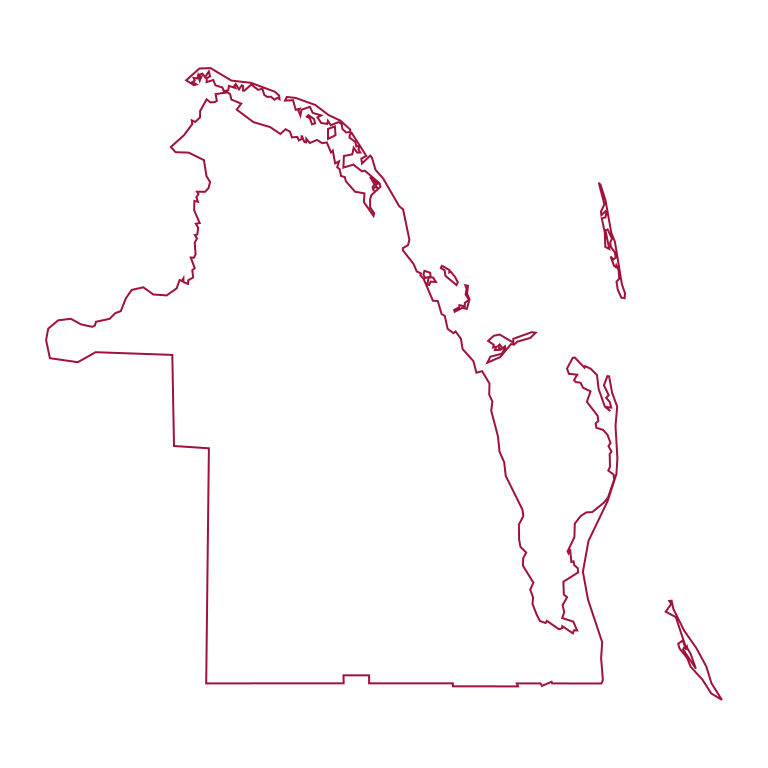 the district of Isla Mujeres, Quintana Roo, Mexico
{"feature_id": "50627088B16692163202625", "entity_name": "Isla Mujeres", "entity_type": "district", "adm_level": 2, "iso_a3": "MEX", "parent_name": "Mexico", "parent_adm1": "Quintana Roo", "projection": "natural_earth1", "projection_center": [-86.89, 21.403], "detail": "fine", "context": "isolated", "style": "outline", "palette": "rose", "viewbox_px": 768, "rotation_deg": 0, "n_neighbors": 0, "source": "geoboundaries", "source_scale": "gbopen_adm2", "svg_char_len": 6071}
<svg xmlns="http://www.w3.org/2000/svg" viewBox="0 0 768 768"><path d="M601.4,683.5L602.9,680.2L601.1,658.1L602.2,642.3L588.0,599.6L582.9,571.8L588.5,540.9L607.7,500.9L616.4,474.1L617.4,458.3L615.5,425.9L617.2,406.6L612.1,392.8L609.1,376.3L607.4,376.1L603.9,385.3L608.7,395.2L606.1,397.8L609.8,402.1L611.2,407.6L606.0,406.9L610.3,411.1L604.8,406.5L598.6,388.9L597.0,375.0L590.8,368.8L585.1,366.1L584.5,367.7L574.7,357.5L572.7,357.9L567.0,368.6L568.9,373.8L577.2,374.7L574.0,380.2L575.8,382.0L580.6,382.8L583.0,387.7L590.5,391.3L586.9,401.9L597.6,415.7L598.3,420.9L595.7,423.4L596.3,427.8L603.1,429.9L607.6,435.0L610.5,443.0L608.5,446.1L611.5,451.7L609.7,454.0L610.0,466.8L608.3,470.6L613.6,474.5L614.1,479.7L608.0,497.5L603.8,502.7L592.2,512.1L586.3,512.4L580.7,516.0L574.8,523.6L574.4,537.2L567.6,551.4L568.5,553.3L570.2,549.2L571.3,562.0L573.5,561.3L574.4,565.4L577.8,568.2L578.1,572.4L563.4,581.7L563.8,594.5L567.1,597.2L562.6,605.1L564.2,612.3L562.2,618.1L573.3,621.6L577.1,630.5L573.9,630.4L572.9,633.3L562.3,626.2L562.2,628.2L558.9,629.2L546.9,620.9L545.6,623.0L539.9,621.0L536.7,614.7L532.5,603.9L533.1,597.5L530.2,589.6L533.4,582.7L522.9,565.6L523.2,558.1L526.2,552.5L520.5,547.0L519.1,539.5L518.9,524.5L523.3,516.2L522.4,509.5L505.7,475.8L504.2,462.3L499.5,451.6L498.0,436.6L491.2,410.6L492.4,401.5L489.2,394.6L489.5,383.5L482.1,371.2L476.4,372.7L473.4,361.1L462.6,349.1L460.9,338.7L455.6,331.5L453.4,333.2L447.6,328.8L444.8,315.9L441.6,314.1L437.8,301.1L432.9,300.7L423.7,279.0L420.3,275.3L421.0,273.4L416.7,271.4L413.6,264.0L402.9,250.3L402.9,248.1L408.0,245.2L409.4,239.8L403.1,209.4L399.2,206.2L383.3,178.7L375.5,169.8L372.0,157.8L370.2,155.6L362.0,163.5L361.3,158.6L366.3,155.9L351.7,132.9L349.8,134.9L349.5,137.7L355.2,141.8L356.4,146.5L359.2,145.6L358.6,149.6L360.3,152.5L357.2,152.6L353.7,147.7L352.3,154.3L343.9,156.0L343.4,167.6L353.4,164.6L362.0,171.4L364.8,170.7L379.6,183.3L380.4,186.8L371.3,195.2L370.1,199.4L370.1,207.3L374.1,213.1L373.5,215.9L363.9,202.1L364.5,193.4L355.0,191.7L345.9,181.3L344.8,177.1L341.2,176.1L339.5,169.0L337.2,167.3L339.0,161.4L335.1,163.4L332.8,150.6L331.0,152.4L326.8,142.4L322.1,143.2L317.1,139.9L309.8,143.0L306.3,138.8L306.2,142.4L304.3,141.9L301.6,135.4L301.7,139.1L298.9,140.4L297.3,136.9L291.9,137.4L290.0,131.7L285.5,129.2L280.4,134.0L270.2,127.1L253.4,122.1L236.7,109.6L241.2,103.6L231.4,99.6L230.1,94.0L227.4,92.4L215.6,94.1L216.8,100.9L215.1,102.0L210.4,102.4L206.6,99.3L200.1,111.1L200.0,117.4L195.2,122.0L191.8,120.3L192.3,124.0L183.8,135.4L170.8,147.0L175.6,152.2L188.6,152.6L203.9,160.1L206.5,176.2L210.1,182.0L208.5,188.1L205.1,191.8L197.0,191.7L198.5,194.2L196.4,197.1L197.9,201.7L194.4,201.0L194.1,210.1L199.7,223.1L195.8,223.7L198.2,227.8L197.3,234.4L194.8,235.1L197.0,238.4L194.7,242.7L195.6,254.4L193.9,257.7L190.8,257.5L194.7,268.2L192.3,270.2L193.1,277.5L188.2,280.3L188.0,283.9L183.5,282.1L183.4,278.3L181.9,280.9L179.6,280.0L176.7,288.3L166.7,295.4L153.4,294.5L143.3,287.3L131.7,289.9L125.9,298.3L120.8,311.1L115.2,313.2L109.7,318.8L95.9,321.8L94.9,325.6L92.1,326.8L81.1,324.4L70.8,318.8L58.2,320.3L48.2,328.7L46.1,340.1L49.9,358.2L77.8,362.2L95.6,352.2L172.3,354.9L174.0,446.0L208.9,448.3L206.2,683.4L343.6,683.3L343.5,675.3L369.1,675.3L369.1,683.3L452.8,683.3L452.9,686.3L518.0,686.4L516.8,683.4L540.5,683.4L541.9,685.9L551.6,681.8L552.2,683.4L601.4,683.5ZM671.6,600.7L669.3,601.0L671.3,603.9L665.7,611.7L675.8,617.1L686.0,647.7L686.9,646.4L687.4,648.3L685.8,648.7L686.0,649.1L687.4,648.3L690.5,653.5L695.9,668.7L683.1,649.4L684.9,646.2L682.7,640.5L678.2,643.7L679.5,648.4L687.3,658.3L690.6,666.7L702.4,679.6L711.3,693.5L721.9,699.9L711.4,683.1L706.3,666.5L696.3,648.0L684.3,630.9L673.4,609.0L671.6,600.7ZM193.9,85.2L196.5,84.4L192.5,82.0L194.7,80.4L193.6,77.9L197.3,78.4L198.1,75.3L199.7,80.7L201.4,76.7L199.9,77.5L199.8,74.4L202.4,73.6L205.1,77.2L208.8,71.5L210.1,76.4L206.7,78.2L206.6,82.1L213.3,80.0L215.4,85.3L222.4,87.5L223.8,91.1L228.3,90.2L228.9,85.9L235.4,88.0L234.3,85.8L235.7,84.0L239.0,89.4L241.8,85.3L243.2,86.2L243.0,90.6L244.5,90.6L251.3,84.5L258.0,89.8L262.4,88.8L264.3,95.0L267.2,96.9L270.9,96.7L274.5,99.7L277.4,97.8L279.5,99.1L279.2,95.6L274.8,91.7L250.9,82.8L231.4,80.6L210.6,68.1L199.4,68.5L186.2,80.3L193.9,85.2ZM295.6,97.9L286.8,97.0L285.0,100.6L293.1,100.2L295.7,109.8L299.5,108.8L298.4,110.6L300.4,115.5L301.5,109.7L309.9,106.8L312.7,112.9L321.3,115.4L317.5,117.4L321.2,123.0L327.2,123.9L327.9,120.8L330.8,125.2L338.5,122.1L341.7,124.0L342.4,129.0L346.0,132.4L350.2,132.2L350.2,129.5L340.4,120.6L328.3,114.9L315.4,105.0L295.6,97.9ZM611.3,232.8L605.5,200.3L600.6,185.0L598.8,182.7L604.4,204.4L601.0,211.5L601.4,215.2L605.4,211.3L606.3,213.5L605.4,217.4L601.8,218.3L604.8,232.6L605.3,246.9L609.3,249.0L605.4,230.2L607.7,229.5L612.0,238.7L610.2,242.5L611.0,247.2L614.8,252.2L615.8,257.6L613.3,259.5L610.6,256.5L614.1,265.9L615.7,267.1L616.3,265.2L618.7,270.5L619.2,278.8L616.5,281.6L617.7,289.5L621.3,297.6L624.6,298.2L625.0,293.3L621.9,284.3L614.9,241.7L611.3,232.8ZM535.7,332.7L531.6,332.2L513.3,338.8L513.3,342.6L499.6,334.5L493.7,335.8L488.1,340.9L493.8,344.8L493.0,347.5L496.4,346.8L494.9,350.1L499.6,349.8L498.4,345.8L499.7,344.5L501.8,347.4L500.5,350.0L504.9,346.3L505.2,347.8L501.9,353.7L490.3,356.7L487.4,362.7L500.3,357.0L511.0,344.1L514.0,344.7L517.2,341.7L530.4,337.9L535.7,332.7ZM449.4,270.0L441.9,265.8L440.8,268.1L444.6,270.3L445.4,275.8L456.5,285.1L457.8,282.1L454.7,276.4L450.6,271.6L449.3,272.4L449.4,270.0ZM467.9,285.7L465.3,285.3L466.7,288.7L465.6,294.5L469.0,299.7L464.8,302.9L464.8,306.3L459.4,305.2L459.2,307.3L454.1,309.9L454.7,311.8L462.3,307.9L466.9,308.9L469.5,299.3L467.1,293.8L467.9,285.7ZM334.9,126.4L328.0,129.0L328.0,138.9L335.5,135.2L334.9,126.4ZM424.4,270.8L423.4,274.8L425.3,277.9L428.8,277.0L427.2,284.4L429.1,284.9L430.6,281.6L436.0,282.0L433.2,277.6L430.7,277.4L430.2,272.8L424.4,270.8ZM314.0,119.0L308.4,115.1L306.8,116.7L309.9,118.3L312.0,124.3L315.1,123.4L314.0,119.0ZM377.2,183.9L370.0,176.8L374.5,184.5L372.6,187.1L373.7,191.1L373.4,187.2L377.0,187.6L375.4,184.3L377.2,183.9Z" fill="none" stroke="#9f1239" stroke-width="2"/></svg>